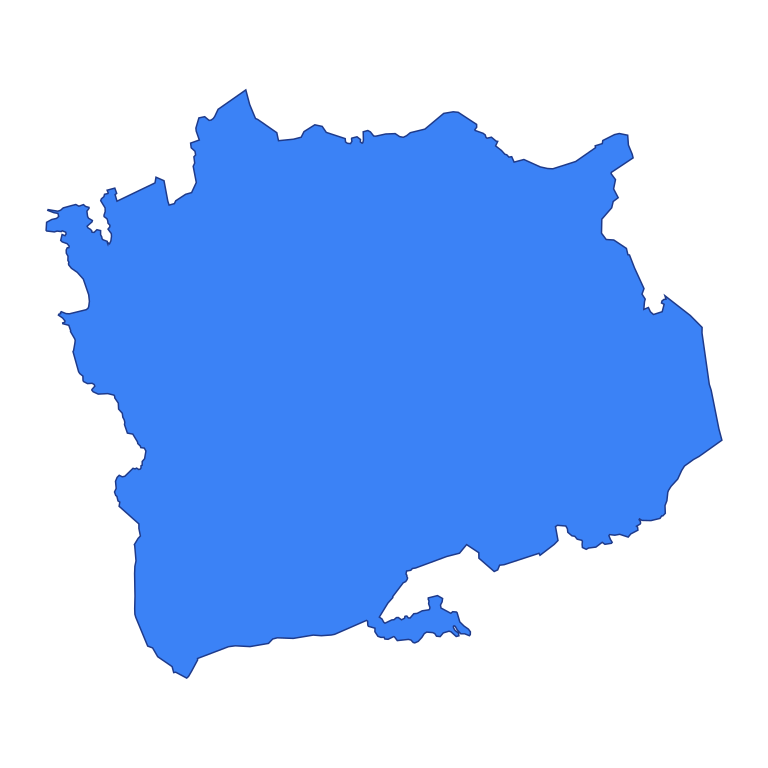 outline of Kastuļinas pag., Aglonas, Latvia
{"feature_id": "27541924B97590463974978", "entity_name": "Kastuļinas pag.", "entity_type": "district", "adm_level": 2, "iso_a3": "LVA", "parent_name": "Latvia", "parent_adm1": "Aglonas", "projection": "albers", "projection_center": [27.187, 56.158], "detail": "fine", "context": "isolated", "style": "filled", "palette": "blue", "viewbox_px": 768, "rotation_deg": 0, "n_neighbors": 0, "source": "geoboundaries", "source_scale": "gbopen_adm2", "svg_char_len": 6036}
<svg xmlns="http://www.w3.org/2000/svg" viewBox="0 0 768 768"><path d="M633.1,157.9L632.2,154.2L628.4,145.0L627.7,135.2L619.3,133.5L614.5,134.6L602.8,140.5L602.3,143.6L595.2,145.8L595.5,147.7L575.7,161.5L552.8,168.8L547.5,168.5L540.2,166.9L523.9,159.5L514.1,162.1L511.7,156.7L508.9,157.1L506.8,154.8L504.8,154.2L501.6,150.6L495.6,145.9L497.7,141.4L496.1,141.1L491.4,137.2L487.1,138.2L486.0,137.4L485.2,134.9L483.1,133.3L475.2,130.5L474.8,129.8L476.7,127.2L476.6,124.4L458.2,112.3L453.2,111.8L443.7,113.4L424.9,129.1L410.3,132.7L406.6,135.7L403.3,137.3L399.6,136.6L395.2,133.6L385.6,134.0L375.7,136.2L373.7,136.0L370.4,131.9L367.8,130.5L363.2,131.8L363.4,140.4L362.8,142.7L362.1,143.2L360.3,141.9L360.5,139.5L357.0,136.8L351.8,138.1L351.5,138.8L351.9,141.3L350.5,143.6L347.4,143.3L345.5,141.9L345.2,138.6L326.3,132.4L322.2,126.4L314.8,124.8L304.0,131.6L301.2,137.2L293.5,139.2L278.5,140.7L276.8,132.7L257.8,119.5L255.5,118.5L249.7,104.6L245.8,89.9L218.1,109.3L214.7,116.5L213.3,118.5L211.1,120.1L209.1,120.4L204.7,116.7L198.9,117.9L195.9,128.1L196.2,131.1L199.3,140.0L190.6,143.1L191.2,147.8L195.0,151.3L195.6,155.0L193.9,156.8L194.7,163.1L193.2,166.3L196.3,182.5L191.6,192.6L185.6,194.3L175.7,200.8L174.4,203.6L169.1,205.1L167.8,201.1L164.0,180.7L156.0,177.2L155.0,182.9L117.0,201.2L115.1,194.6L116.7,193.4L114.8,188.1L107.1,190.2L108.2,192.9L108.0,193.5L104.5,194.3L103.9,196.7L101.4,198.8L100.7,200.7L105.1,207.9L105.2,211.6L104.0,215.2L104.1,216.6L106.9,218.7L107.7,220.7L108.0,223.2L109.9,225.2L109.8,226.9L108.0,229.1L111.3,233.6L111.5,236.3L110.9,240.8L109.5,243.8L108.2,242.9L107.9,244.2L107.3,242.6L107.3,241.4L103.1,239.8L102.0,238.7L101.8,237.0L100.6,234.7L100.6,230.6L96.9,229.7L94.1,232.4L92.5,232.3L91.7,231.9L91.8,230.9L90.5,229.4L87.9,227.8L87.1,226.2L92.0,221.9L92.4,220.5L88.5,218.2L87.6,216.5L86.9,211.2L89.0,208.4L89.0,207.4L85.5,206.4L83.5,204.6L78.9,206.2L75.8,204.5L71.5,205.6L63.2,207.9L60.5,210.3L57.8,211.2L48.1,209.6L47.8,210.4L53.9,212.7L57.9,213.4L58.7,216.5L56.5,218.4L51.7,219.5L46.6,222.3L46.1,230.3L46.7,231.0L54.4,231.9L57.1,231.1L61.3,231.6L62.2,230.8L65.7,232.2L66.1,233.9L65.0,235.7L62.1,234.5L60.7,240.4L62.2,241.9L67.2,243.7L69.2,246.2L68.8,247.7L67.3,247.7L66.2,250.0L66.3,253.2L68.0,256.2L67.9,260.5L68.9,262.2L68.5,263.7L68.7,264.9L71.4,268.3L77.2,272.3L83.3,279.1L88.7,294.8L89.4,301.4L88.7,306.6L88.0,308.3L86.2,309.7L69.4,313.8L66.0,313.6L61.3,311.7L60.5,312.4L60.7,313.6L58.8,314.2L58.4,315.1L62.6,318.0L65.0,321.0L64.7,322.2L62.7,322.9L62.8,323.7L68.8,325.3L70.7,330.7L70.5,331.6L74.8,339.0L75.2,340.4L74.9,343.0L73.6,350.5L73.0,351.6L78.6,371.7L79.8,373.6L82.9,376.1L83.0,380.3L83.5,381.5L87.5,383.6L92.1,383.3L94.2,384.5L94.8,386.2L91.9,389.5L91.9,390.3L93.2,391.8L98.2,394.1L107.8,393.6L113.9,395.1L114.6,396.1L114.8,398.0L118.3,403.1L118.6,409.1L122.3,413.3L122.8,417.2L124.2,419.8L124.8,422.3L124.5,424.6L127.4,433.1L132.8,434.1L137.5,441.9L137.8,443.6L140.3,446.0L140.8,447.6L144.3,448.1L145.9,451.0L144.6,458.7L142.2,461.5L142.2,465.1L141.0,465.8L141.0,467.9L140.4,469.0L138.8,469.5L136.6,468.1L135.0,468.9L133.0,468.3L124.8,476.3L122.2,476.8L119.2,475.3L117.1,477.4L115.5,481.3L116.2,488.4L114.5,492.0L115.7,495.4L116.9,496.4L118.0,500.9L119.8,502.1L119.1,506.3L138.9,523.9L138.9,528.5L140.4,536.0L138.1,538.4L134.3,544.7L134.7,545.4L136.0,560.9L134.9,566.2L134.6,573.6L135.0,596.2L134.7,608.8L134.9,614.3L135.8,617.4L147.7,646.1L152.6,647.9L157.7,656.7L172.1,666.6L173.7,672.6L175.7,672.2L186.7,678.1L188.5,676.5L191.7,671.0L197.6,660.0L197.5,658.5L228.5,646.7L235.3,645.8L250.0,646.6L268.5,643.4L272.7,639.0L277.3,637.8L293.3,638.4L313.2,635.1L321.3,635.7L331.3,635.0L334.7,634.3L366.5,620.4L367.6,621.2L367.8,625.1L368.4,626.3L375.0,628.2L374.9,631.7L377.9,636.3L380.9,637.4L384.1,637.3L384.8,639.0L388.1,639.3L393.6,636.6L394.4,636.8L397.3,640.6L408.4,639.4L410.9,640.0L413.2,642.5L414.8,642.9L418.2,641.4L421.9,637.4L424.3,633.6L426.7,632.1L432.8,632.6L434.8,633.6L436.5,636.2L440.2,636.6L443.3,632.9L449.0,631.2L451.0,631.8L456.2,636.5L458.9,635.8L458.5,633.1L455.1,630.5L453.5,627.8L453.4,626.3L454.1,625.8L455.3,626.4L457.2,629.8L460.8,633.8L464.7,633.8L469.4,635.7L470.3,634.6L470.4,631.8L468.4,629.1L464.1,626.1L459.8,621.9L457.1,612.7L456.4,612.0L452.7,611.7L450.8,613.3L441.0,608.0L440.5,605.0L442.1,601.9L442.6,598.5L437.5,595.6L428.3,597.9L428.2,599.3L429.0,601.0L428.6,603.7L429.9,607.3L429.7,608.9L428.9,609.8L422.2,610.8L417.1,613.4L413.8,613.7L410.1,618.0L408.3,617.9L406.9,616.1L405.8,616.1L404.9,616.4L404.6,618.2L401.5,619.8L398.3,617.5L396.4,617.6L394.0,619.7L391.8,619.9L385.0,623.2L383.7,622.2L382.0,619.0L379.3,617.1L387.9,603.1L392.8,597.6L392.7,596.6L403.2,582.8L405.7,581.6L407.0,579.7L407.6,578.0L406.7,576.1L406.9,575.3L406.0,574.0L406.6,571.0L410.8,570.3L412.4,568.5L415.6,568.0L446.7,556.5L459.5,553.2L466.6,544.6L478.8,552.7L478.9,558.2L494.2,571.5L497.7,569.9L499.6,565.2L504.1,564.7L539.0,553.3L540.0,555.3L554.2,544.4L558.0,540.5L555.5,526.6L557.4,525.3L565.8,526.0L567.4,528.8L567.8,532.3L571.9,535.8L574.8,536.3L577.2,539.2L581.8,540.3L582.4,541.5L582.1,544.3L582.4,547.5L586.2,549.3L588.6,548.0L595.9,547.1L602.2,542.3L604.9,544.3L611.4,543.3L612.2,542.3L610.5,539.6L608.9,535.7L609.6,534.6L614.8,535.2L619.7,534.3L628.2,537.1L630.8,533.9L637.9,530.2L637.6,527.2L636.5,526.2L640.1,524.1L640.6,523.1L640.3,521.3L639.1,519.7L639.5,518.9L642.0,520.4L651.0,520.6L660.0,518.4L661.7,515.9L662.8,515.9L665.3,513.3L665.0,505.6L666.9,500.7L667.8,492.3L668.5,490.4L671.0,486.4L677.7,479.1L681.7,470.4L684.5,466.0L693.5,459.5L699.1,456.4L721.9,440.2L718.9,428.9L711.2,390.3L709.3,384.4L702.0,333.0L702.1,327.4L690.3,315.5L664.9,295.7L666.0,299.2L664.0,299.4L662.0,300.9L661.5,303.0L664.1,304.3L662.2,311.7L653.5,314.5L650.4,311.8L648.4,307.5L643.8,309.4L644.5,301.7L645.2,299.1L642.0,294.1L644.0,288.6L634.5,267.9L629.5,255.0L627.9,254.7L626.4,248.4L613.8,240.0L606.2,239.5L601.5,233.2L601.8,219.2L611.7,207.8L613.2,201.5L618.2,197.7L613.6,188.9L615.5,179.6L611.1,173.7L611.3,172.4L633.1,157.9Z" fill="#3b82f6" stroke="#1e3a8a" stroke-width="1.5"/></svg>